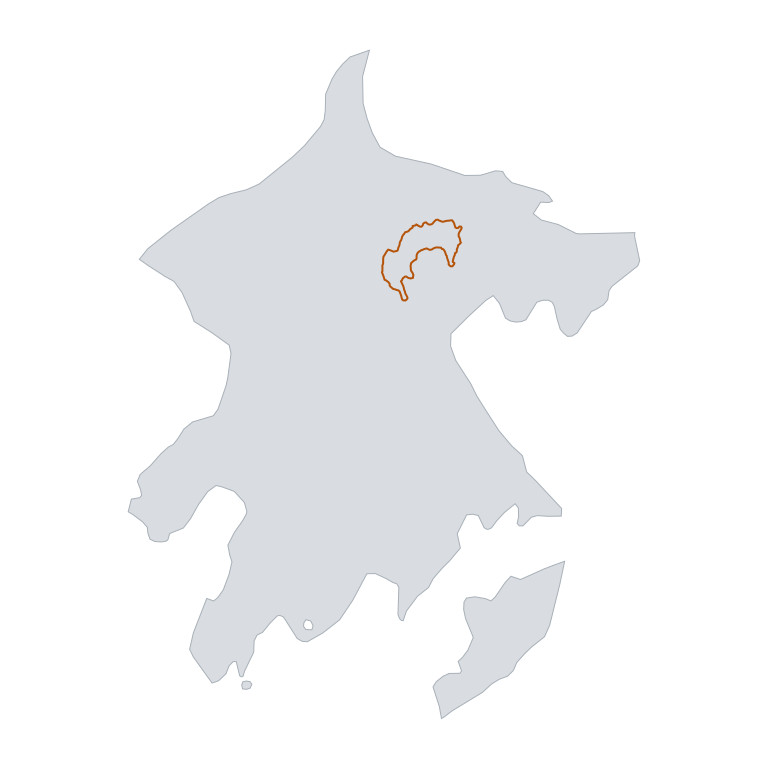 Sabirabad District, Sabirabad, Azerbaijan shown in context, rotated 271°
{"feature_id": "54616110B21396185337631", "entity_name": "Sabirabad District", "entity_type": "district", "adm_level": 2, "iso_a3": "AZE", "parent_name": "Azerbaijan", "parent_adm1": "Sabirabad", "projection": "robinson", "projection_center": [48.66, 39.895], "detail": "fine", "context": "in_parent", "style": "outline", "palette": "amber", "viewbox_px": 768, "rotation_deg": 271, "n_neighbors": 0, "source": "geoboundaries", "source_scale": "gbopen_adm2", "svg_char_len": 5921}
<svg xmlns="http://www.w3.org/2000/svg" viewBox="0 0 768 768"><g transform="rotate(271 384 384)"><path d="M539.7,632.2L536.3,631.9L511.7,637.5L506.6,635.7L485.6,610.2L481.2,607.4L472.2,606.2L466.9,602.0L462.6,595.2L460.1,590.1L438.4,576.2L435.2,571.2L434.8,566.7L438.0,562.7L441.7,559.3L452.2,555.9L464.6,552.9L468.6,550.8L470.6,547.1L470.5,541.2L468.5,535.4L450.7,524.8L448.8,520.3L448.2,514.7L449.3,508.9L452.0,504.3L466.5,498.1L474.3,491.7L469.5,484.5L453.9,468.1L435.4,450.1L423.1,449.9L408.8,455.3L386.0,470.6L373.3,477.2L356.8,488.0L338.8,500.1L324.1,513.0L314.8,523.6L298.5,528.2L290.2,537.1L262.6,563.8L255.0,563.5L254.6,550.2L255.1,539.7L253.4,533.7L244.6,525.4L244.5,521.8L246.9,519.6L253.7,520.9L262.4,520.5L266.6,517.2L257.3,506.3L249.1,499.0L242.1,494.1L240.6,491.2L240.6,489.1L242.1,486.6L254.1,480.6L255.4,475.1L254.6,468.9L235.6,459.8L221.3,463.2L208.6,452.9L200.5,445.1L190.3,436.6L181.2,432.0L172.6,421.4L157.4,410.4L147.7,407.3L147.9,405.6L149.7,403.6L153.8,402.0L180.9,402.4L184.3,400.4L186.0,395.8L189.8,388.9L194.3,378.7L194.0,370.2L167.0,356.4L147.4,343.7L133.9,327.0L124.9,311.7L125.3,306.6L128.0,301.7L149.3,287.6L150.8,284.0L150.4,281.5L143.0,274.3L133.6,266.9L130.7,261.4L124.8,258.6L113.5,258.4L93.8,249.3L89.6,248.4L88.7,246.6L89.7,244.8L103.9,241.1L103.8,238.0L99.5,234.0L91.6,231.1L84.4,223.8L82.0,217.3L107.8,198.1L115.4,194.3L132.0,197.8L166.5,210.5L164.1,217.5L167.5,221.5L175.4,226.9L190.6,232.3L203.5,235.1L210.1,232.8L220.1,230.7L233.0,237.0L244.8,245.0L250.7,248.2L253.9,249.2L263.0,246.5L274.0,236.2L278.3,223.8L279.6,217.9L273.3,209.6L260.4,200.7L245.8,192.8L236.5,185.9L230.7,172.2L224.6,170.7L223.1,169.0L222.2,164.3L222.5,157.8L224.7,152.7L230.6,150.6L236.6,149.8L242.0,145.0L248.8,135.6L251.8,130.5L264.5,133.4L266.1,141.8L268.3,143.6L273.6,142.6L282.4,139.1L289.3,141.8L298.2,151.8L310.6,162.4L317.2,169.5L319.9,174.4L326.2,179.1L335.4,184.7L342.8,193.4L349.2,213.8L355.9,218.5L379.9,226.2L388.3,227.8L411.8,230.5L420.1,228.6L432.3,211.0L443.3,193.0L453.5,189.2L471.9,180.5L482.9,172.3L487.6,163.4L498.0,146.6L504.4,137.2L515.2,145.5L534.0,168.3L560.9,205.2L567.5,215.7L571.8,227.8L575.6,242.5L581.7,255.6L609.1,288.3L621.0,300.4L640.3,316.0L647.2,319.5L656.2,320.5L672.7,320.6L688.0,326.7L695.5,331.0L703.3,337.2L710.4,344.4L717.5,363.6L691.0,357.2L664.3,358.2L649.3,362.4L634.7,368.0L620.7,375.9L612.0,391.4L604.7,427.4L593.9,461.1L594.4,476.8L599.1,491.8L598.6,498.9L593.7,501.9L587.5,508.3L579.2,539.3L575.1,545.4L569.8,549.3L568.3,545.6L568.6,537.5L556.9,530.3L550.7,538.4L546.5,555.4L537.9,573.4L537.5,576.8L539.7,632.2ZM145.7,314.9L147.0,310.1L143.7,308.0L140.2,307.8L137.1,310.2L137.0,316.2L141.2,317.3L145.7,314.9ZM56.2,455.0L52.2,450.0L50.5,447.3L62.3,445.0L82.0,438.3L87.3,441.5L92.9,448.3L95.7,454.1L96.1,464.9L98.4,466.6L108.0,463.0L112.2,467.4L119.5,472.6L132.2,477.7L150.7,469.7L159.9,467.6L167.4,467.8L171.4,470.3L172.8,478.7L171.2,489.0L169.0,494.7L172.8,498.8L187.8,508.7L194.0,514.3L190.9,523.9L201.9,547.3L205.6,556.4L209.9,567.7L186.9,563.3L145.5,553.8L134.1,548.9L123.4,535.9L117.1,529.6L107.7,521.5L99.9,518.4L94.1,512.8L90.8,504.4L86.0,496.9L77.6,488.1L58.6,458.1L56.2,455.0ZM84.0,255.4L81.4,257.1L77.5,255.4L76.3,251.7L76.7,247.9L80.6,247.0L83.8,248.1L84.6,251.6L84.0,255.4Z" fill="#d9dde1" stroke="#a8b0b8" stroke-width="1"/><path d="M495.7,380.0L494.0,380.7L491.8,381.6L488.2,382.8L487.8,384.0L486.1,386.4L484.5,387.8L482.5,388.0L481.6,388.6L480.5,390.0L479.2,391.5L478.9,393.3L478.2,395.1L477.8,396.9L476.5,398.2L474.9,398.7L473.5,399.3L471.6,399.9L469.9,400.3L468.9,400.7L468.8,400.8L468.0,401.6L467.9,404.0L468.5,404.7L468.8,405.1L469.8,405.9L471.0,405.9L472.6,405.1L474.8,403.8L476.8,403.3L478.9,402.4L480.2,402.2L482.3,401.5L483.7,400.8L484.8,400.3L486.9,399.2L487.2,399.3L487.8,400.0L489.3,400.6L490.3,401.2L490.9,402.1L491.6,403.0L491.9,404.0L491.6,404.8L490.8,405.9L490.3,407.1L490.0,409.0L490.3,410.0L490.7,411.1L492.1,411.2L493.4,411.5L495.2,410.8L496.1,410.3L497.2,409.4L498.3,408.9L499.7,408.8L501.3,408.7L502.5,408.5L505.3,409.0L506.0,409.7L507.5,411.3L508.4,412.6L509.1,414.0L510.6,414.4L512.8,414.3L514.3,414.7L515.7,415.4L517.0,416.6L517.7,418.0L518.5,419.0L518.8,420.2L519.4,421.3L520.3,424.2L519.5,426.0L518.9,427.5L519.3,429.4L520.3,430.8L521.1,432.6L521.5,434.1L521.4,436.7L521.3,438.6L520.0,439.6L519.9,440.6L518.8,441.8L517.7,442.4L515.7,443.3L514.3,443.6L513.2,444.5L511.9,444.7L510.9,445.0L509.0,445.7L507.0,446.5L504.7,446.6L503.5,447.6L502.8,448.8L502.9,450.4L503.9,451.2L505.4,452.2L506.3,452.2L507.1,450.8L507.6,450.6L509.0,450.8L510.9,451.3L512.2,451.6L512.9,451.9L514.2,452.5L516.0,452.7L516.6,453.8L517.6,454.4L519.0,454.5L520.2,454.5L520.9,454.9L522.0,455.3L524.0,455.7L524.0,455.8L524.8,456.7L525.6,457.5L526.1,457.9L526.7,458.4L527.6,457.9L529.2,457.6L529.6,457.5L531.7,456.9L532.9,456.1L534.2,456.0L535.8,456.1L537.3,456.8L539.0,457.8L540.6,458.7L541.7,458.9L542.7,458.2L542.8,456.7L541.3,455.4L541.1,454.2L541.7,452.7L543.6,452.0L545.9,451.3L547.4,450.4L548.5,449.6L548.8,449.2L548.8,448.2L548.5,446.4L548.3,444.5L548.1,443.1L547.4,440.9L547.2,439.8L547.7,438.2L548.4,436.3L549.2,435.0L549.0,433.1L547.6,431.7L546.2,430.5L545.2,429.7L544.6,428.9L544.2,427.5L544.2,426.4L544.7,425.1L545.6,424.0L546.3,423.3L546.2,422.2L545.6,421.1L544.8,420.3L543.4,420.0L542.3,419.1L541.9,418.5L542.0,417.2L542.6,416.0L543.0,415.2L543.7,414.4L544.0,413.6L543.7,413.5L543.1,412.6L542.8,411.3L542.4,409.9L541.0,409.9L540.3,409.1L539.4,407.5L537.9,406.4L536.9,405.2L536.5,403.9L536.1,402.5L534.4,401.5L533.2,400.4L532.6,400.1L531.3,399.5L530.0,399.2L528.0,398.6L527.1,397.9L525.9,397.4L524.2,397.2L522.4,396.8L521.6,396.4L520.4,395.9L518.9,395.7L517.5,395.1L517.0,393.4L516.5,391.2L517.1,389.8L517.9,387.7L518.4,385.8L516.9,384.6L514.9,383.4L513.1,382.4L511.4,381.3L509.6,381.0L506.9,381.0L504.3,381.0L502.4,380.3L500.3,380.4L497.9,380.4L497.7,380.4L496.5,380.4L495.7,380.0Z" fill="none" stroke="#b45309" stroke-width="2"/></g></svg>